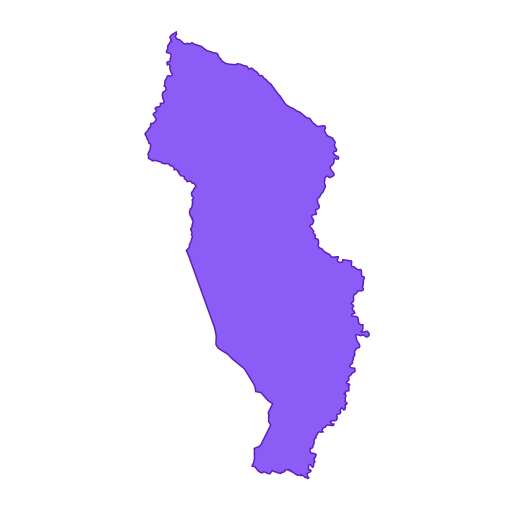 Novo São Joaquim, Mato Grosso, Brazil (Mercator projection), rotated 273°
{"feature_id": "56859067B6614921382651", "entity_name": "Novo São Joaquim", "entity_type": "district", "adm_level": 2, "iso_a3": "BRA", "parent_name": "Brazil", "parent_adm1": "Mato Grosso", "projection": "mercator", "projection_center": [-53.275, -15.062], "detail": "fine", "context": "isolated", "style": "filled", "palette": "violet", "viewbox_px": 512, "rotation_deg": 273, "n_neighbors": 0, "source": "geoboundaries", "source_scale": "gbopen_adm2", "svg_char_len": 6081}
<svg xmlns="http://www.w3.org/2000/svg" viewBox="0 0 512 512"><g transform="rotate(273 256 256)"><path d="M462.5,190.4L464.5,182.7L465.6,181.1L464.2,177.9L464.9,176.1L464.2,175.3L464.1,173.9L464.5,172.6L467.9,168.6L468.4,166.0L470.5,164.1L472.1,164.2L473.2,165.1L475.5,164.6L472.2,159.9L469.9,158.5L467.8,159.7L466.8,159.6L466.1,160.4L464.5,158.6L462.9,158.1L461.8,157.1L460.5,156.8L457.8,157.0L455.7,155.8L454.5,156.1L454.0,159.2L452.8,160.5L451.0,160.8L448.0,159.9L446.7,160.3L445.6,159.3L445.5,157.9L444.7,157.0L443.4,157.1L442.2,157.5L442.9,158.9L441.1,160.7L439.7,160.0L436.6,160.8L432.9,162.9L431.7,162.4L431.0,160.8L431.6,159.7L431.1,158.1L428.9,157.4L426.4,155.9L422.5,155.9L421.1,155.3L420.3,156.6L418.0,157.5L416.7,157.3L414.5,154.3L411.8,154.0L408.6,154.7L405.2,156.3L403.8,155.4L403.4,152.5L401.8,152.8L400.1,151.9L399.5,149.1L398.5,147.6L397.1,148.0L396.0,149.1L394.7,148.6L393.1,146.3L392.0,145.9L387.7,149.0L386.3,149.0L383.2,146.5L382.8,144.1L381.5,143.7L379.7,143.9L378.6,143.4L377.7,142.1L376.1,141.7L372.8,139.0L371.5,138.9L369.1,140.7L367.4,141.0L365.8,142.3L362.8,143.3L362.8,144.3L361.6,145.0L357.0,144.7L352.2,142.8L350.2,143.5L348.9,143.3L347.8,143.6L346.4,146.8L345.5,147.4L346.1,149.8L345.7,152.8L344.7,156.5L343.9,157.1L343.3,159.8L343.7,162.5L343.3,164.2L341.7,165.5L341.3,168.4L339.2,169.8L337.9,169.6L338.3,172.2L336.2,173.5L336.4,174.5L335.4,174.3L332.3,176.4L332.1,178.7L331.5,180.2L329.5,180.4L328.8,181.7L326.7,183.3L327.2,186.0L326.9,187.3L325.5,188.4L325.5,189.7L324.8,190.8L322.9,192.0L322.0,192.4L320.1,190.6L318.1,189.9L316.2,188.5L314.9,188.3L312.5,188.9L311.7,190.3L310.7,190.5L308.7,189.3L306.3,190.0L304.7,189.6L303.3,189.8L300.4,189.0L299.4,187.8L295.5,187.3L294.3,188.0L293.0,188.1L292.1,189.2L290.8,189.3L290.5,190.7L289.1,190.2L287.1,191.5L283.7,190.6L281.1,190.5L280.2,189.5L279.1,189.4L275.7,191.0L274.1,190.4L272.8,191.2L271.2,191.5L269.9,190.7L268.4,190.7L263.7,188.9L261.2,189.0L257.8,186.1L253.1,188.6L182.0,218.5L174.1,220.5L165.7,220.6L162.5,222.6L161.5,223.8L156.3,233.2L151.9,237.8L142.8,250.3L127.7,260.7L125.2,261.9L120.6,262.8L119.9,268.1L112.4,275.4L109.3,280.3L100.0,276.4L98.6,277.0L91.7,277.2L87.8,279.5L67.8,270.8L66.0,269.2L63.8,264.4L53.6,265.1L49.5,264.5L46.9,263.2L45.8,263.2L45.9,264.9L44.8,266.6L41.4,269.5L39.8,272.4L39.7,273.6L40.7,274.6L40.8,275.9L39.2,280.0L39.3,281.3L42.6,283.5L41.4,286.1L41.3,287.8L40.7,288.6L40.2,292.3L41.4,293.2L41.5,294.5L42.3,295.9L43.4,296.3L44.1,297.6L44.1,299.4L44.5,300.4L43.4,300.5L43.7,302.0L42.7,302.2L41.6,305.2L40.7,306.0L39.1,309.4L39.8,311.5L38.9,312.4L39.9,313.1L38.6,315.5L37.5,316.4L37.3,318.2L36.5,319.5L37.3,320.3L38.1,319.3L41.4,318.3L43.6,321.9L44.8,322.1L45.3,321.3L45.4,319.7L49.5,319.5L50.5,320.0L50.7,321.1L48.0,323.4L48.5,324.3L52.3,324.5L53.2,325.6L56.9,324.4L57.8,325.6L60.7,326.5L61.7,325.0L62.3,320.9L64.5,320.0L66.4,320.3L67.0,321.9L68.3,322.8L70.0,323.0L71.6,323.7L75.2,323.7L76.7,324.4L77.7,325.5L79.6,325.4L80.6,326.3L82.6,327.0L83.8,328.5L83.5,329.9L83.9,332.1L84.9,331.0L87.8,331.9L88.5,333.8L91.0,335.8L90.7,342.0L92.2,342.6L92.3,340.5L94.4,339.0L95.2,339.7L95.8,344.3L96.8,345.2L98.9,345.6L100.4,344.9L102.0,345.3L102.7,347.5L103.4,348.4L104.6,348.8L106.1,348.3L108.0,348.7L108.9,349.5L106.8,351.8L107.5,352.9L109.1,353.2L112.2,352.8L112.6,354.1L113.7,354.7L115.4,352.5L117.0,352.8L119.0,352.5L121.4,353.2L122.7,352.5L123.1,351.1L124.3,352.4L125.9,353.2L126.2,355.7L129.1,355.8L130.4,355.0L132.1,356.3L133.1,355.6L133.2,353.6L134.1,353.0L135.2,353.4L136.4,354.9L137.3,355.3L139.8,354.7L141.0,355.5L141.7,356.7L144.1,358.1L145.4,360.4L146.5,361.0L149.1,360.5L149.3,357.3L149.7,356.4L150.5,355.4L151.7,355.4L154.0,358.0L155.8,357.6L157.2,358.4L160.0,358.6L161.5,359.6L163.1,359.8L165.7,359.3L169.0,361.3L169.9,363.7L171.3,364.4L173.5,363.6L176.1,361.5L182.2,359.6L182.8,360.8L181.9,364.9L182.9,367.1L181.1,370.0L181.0,371.3L182.0,372.7L183.0,373.1L184.6,373.0L186.5,371.3L186.5,369.4L185.5,367.3L185.4,365.7L186.0,364.9L186.9,365.9L188.5,366.5L193.0,366.4L192.8,364.7L193.2,363.5L194.6,362.0L198.8,361.3L199.9,360.7L200.9,359.5L201.0,355.1L202.1,354.4L202.9,355.1L204.0,357.6L206.2,356.8L206.8,355.6L208.1,355.0L209.3,355.1L211.1,356.2L212.5,355.1L213.1,353.8L214.1,353.6L215.2,355.2L216.5,355.8L221.1,355.5L222.4,356.0L223.9,358.1L226.5,359.8L226.7,363.3L227.6,364.8L228.9,364.9L230.9,363.9L232.7,364.5L238.3,364.6L239.2,365.4L240.8,365.0L241.3,362.9L242.3,362.4L247.1,362.0L248.0,361.1L247.6,358.8L248.3,357.2L250.2,354.7L250.5,352.2L252.6,351.7L254.6,351.9L256.0,351.6L256.9,342.9L254.7,342.6L253.9,340.5L254.3,338.9L254.9,337.8L255.8,337.2L257.6,338.0L259.6,338.1L258.7,331.6L261.3,329.5L263.8,324.2L266.8,321.1L267.4,319.0L269.5,317.4L272.1,317.9L275.1,317.4L276.2,316.6L276.5,314.4L277.3,313.9L279.5,314.2L280.5,313.8L281.3,312.5L282.2,312.0L283.7,312.3L286.7,310.0L287.9,308.4L289.5,308.4L290.7,310.6L293.5,311.7L294.7,311.7L298.1,309.4L299.3,309.7L300.3,311.2L300.6,313.7L301.5,314.2L304.2,313.1L305.2,313.1L306.1,315.1L307.3,316.3L308.7,316.6L310.2,316.3L311.8,314.9L315.9,314.4L317.1,315.0L318.3,316.5L321.6,317.9L323.3,319.5L328.5,321.6L329.5,321.7L332.7,320.4L337.8,320.9L339.3,322.2L339.3,323.7L338.3,324.8L338.2,325.8L340.0,329.0L341.2,329.8L342.7,329.3L346.4,326.1L348.8,325.4L352.7,328.7L357.0,329.1L357.8,329.8L357.0,331.6L357.2,333.2L358.6,333.4L359.5,332.7L360.7,329.8L362.9,327.8L364.3,328.3L365.1,330.7L366.4,331.0L370.2,328.5L373.8,329.1L377.8,326.2L379.7,321.3L381.4,319.6L384.4,318.0L385.8,317.9L387.6,318.7L388.8,318.3L389.6,317.5L389.5,315.6L388.6,312.2L388.9,310.1L392.0,305.7L396.2,302.6L396.8,299.1L401.8,292.5L403.2,288.7L405.3,285.3L406.1,282.8L408.1,279.0L409.8,277.0L417.1,271.6L418.8,269.6L428.8,261.6L429.4,260.0L433.1,256.3L434.2,254.0L435.8,253.4L436.4,252.2L436.3,250.0L439.6,247.5L440.8,245.2L442.9,242.7L443.4,241.8L443.3,240.9L442.4,240.0L442.4,239.0L444.9,237.2L445.7,232.9L446.7,230.5L447.1,227.2L446.1,226.2L446.0,222.6L446.3,217.4L446.9,215.1L449.1,211.6L450.7,210.6L452.7,208.5L455.6,207.2L456.6,205.7L456.6,203.7L458.7,195.8L462.5,190.4Z" fill="#8b5cf6" stroke="#5b21b6" stroke-width="1.5"/></g></svg>